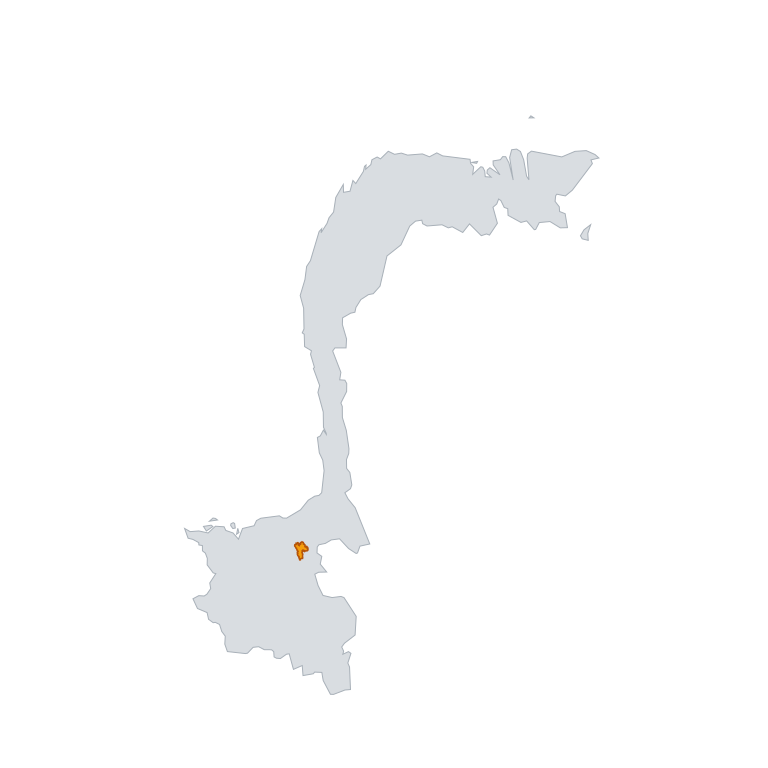 location of Ba Thuoc, Thanh Hóa, Vietnam, rotated 215°
{"feature_id": "81297802B10763760406842", "entity_name": "Ba Thuoc", "entity_type": "district", "adm_level": 2, "iso_a3": "VNM", "parent_name": "Vietnam", "parent_adm1": "Thanh Hóa", "projection": "albers", "projection_center": [105.214, 20.379], "detail": "fine", "context": "in_parent", "style": "filled", "palette": "amber", "viewbox_px": 768, "rotation_deg": 215, "n_neighbors": 0, "source": "geoboundaries", "source_scale": "gbopen_adm2", "svg_char_len": 7070}
<svg xmlns="http://www.w3.org/2000/svg" viewBox="0 0 768 768"><g transform="rotate(215 384 384)"><path d="M464.5,151.3L458.1,151.9L451.4,157.4L442.6,161.1L440.5,170.8L433.1,175.3L429.6,173.3L422.2,175.4L414.2,173.4L417.0,184.5L409.1,193.4L410.1,199.0L407.9,203.4L394.1,216.0L390.0,216.2L386.9,218.2L380.2,233.1L379.4,245.4L376.4,252.4L373.4,255.4L372.7,259.2L383.4,278.7L390.5,286.5L397.5,290.5L407.9,302.0L406.4,305.0L407.2,311.5L402.3,309.6L402.9,310.4L408.8,313.9L417.7,326.2L433.3,339.2L435.8,345.8L450.8,356.3L450.5,357.7L461.2,366.2L462.5,369.6L470.5,369.1L477.9,379.0L480.3,379.0L481.1,383.2L493.3,400.0L503.4,408.4L508.6,424.1L514.8,435.9L515.0,442.8L524.6,471.7L524.1,475.5L522.3,471.8L522.8,482.9L524.4,488.7L523.9,495.9L530.5,509.2L531.8,524.1L527.1,517.8L522.4,522.4L526.2,532.9L522.1,532.0L522.8,546.3L524.8,551.1L524.3,553.1L522.2,549.4L520.6,556.1L522.5,560.8L519.8,566.0L516.0,566.4L514.0,577.1L507.1,578.2L502.2,583.1L496.0,585.0L484.5,594.5L477.1,596.2L473.3,603.6L466.8,604.5L442.4,617.4L439.6,614.4L435.1,613.3L431.6,606.6L429.3,617.5L427.4,618.2L423.6,616.2L420.0,611.9L414.9,614.9L420.6,615.7L422.1,618.5L421.3,621.9L409.0,621.9L420.2,626.1L422.6,629.3L417.3,634.5L417.2,638.3L414.7,640.0L408.5,636.8L395.2,625.2L411.0,641.6L413.8,649.1L410.1,652.5L405.6,652.7L398.2,647.8L386.4,636.0L382.4,634.4L396.3,651.2L398.3,654.9L396.8,659.3L368.6,672.0L361.0,684.1L352.2,691.2L342.8,693.0L337.6,692.4L343.0,686.3L339.7,684.0L340.9,650.8L343.3,642.1L351.3,638.6L351.4,636.7L348.6,631.7L342.1,629.7L339.1,626.0L333.3,627.4L323.4,617.3L329.2,613.0L341.2,612.3L349.4,605.3L348.4,597.6L349.4,596.6L360.7,599.4L364.5,594.9L379.1,593.3L383.2,598.6L386.8,597.6L393.5,601.3L396.2,601.3L394.9,596.1L396.1,591.3L383.3,580.7L383.0,566.5L386.1,565.7L389.4,561.3L405.8,564.2L406.4,553.3L418.3,551.9L420.9,548.8L427.8,547.7L439.4,538.1L444.3,537.5L447.0,539.9L451.6,535.5L453.5,528.1L449.9,507.7L455.0,490.6L443.4,461.9L444.6,451.8L448.0,448.3L451.4,439.9L450.9,430.6L449.0,426.1L452.0,422.8L455.9,414.5L452.2,408.8L440.5,399.4L435.8,391.8L444.9,385.4L445.0,381.6L426.0,368.8L422.7,362.0L418.2,364.7L414.8,363.0L410.3,356.4L408.4,343.7L405.3,341.7L398.9,332.7L388.3,324.4L375.6,310.9L373.0,306.8L371.4,300.6L366.2,293.4L361.2,291.9L352.5,282.9L351.4,279.0L353.7,272.5L347.6,269.3L336.6,266.1L303.9,244.8L310.7,237.4L308.8,230.4L309.6,229.2L318.6,228.9L331.6,231.7L337.8,226.0L340.6,219.8L345.1,215.0L345.2,212.2L342.0,207.2L336.1,207.1L332.9,199.9L323.1,197.1L329.6,192.3L331.6,188.5L322.4,181.1L312.7,175.8L304.0,179.3L297.4,185.3L294.3,186.1L273.5,177.7L263.7,161.8L267.7,149.0L267.8,144.3L263.8,142.0L262.7,139.0L259.6,144.4L256.6,144.4L253.6,134.7L249.9,132.4L236.2,114.5L240.5,110.9L247.3,100.8L249.9,99.1L263.7,106.2L269.5,112.1L275.6,108.2L275.7,106.1L283.1,98.7L289.5,106.5L294.5,98.3L306.9,108.6L308.9,106.7L311.4,99.7L314.8,97.7L317.5,97.4L320.8,101.5L323.7,101.8L329.7,97.7L336.0,96.9L340.2,93.2L341.4,85.2L342.9,83.7L358.8,75.0L365.2,79.6L369.4,86.4L374.9,88.2L380.8,92.7L385.5,92.0L387.0,90.5L392.7,90.6L397.8,95.3L408.0,93.1L417.3,98.5L414.3,104.4L409.7,107.2L408.5,110.2L408.6,117.0L412.6,121.1L413.0,132.2L415.6,131.3L425.1,134.4L428.7,139.8L433.3,143.0L437.0,143.2L440.1,147.5L443.3,146.0L444.8,147.8L451.4,147.1L456.0,145.3L464.5,151.3ZM308.1,618.1L308.6,625.0L306.1,633.1L303.4,624.2L299.1,618.8L304.9,616.6L308.1,618.1ZM450.2,163.8L444.6,169.2L442.4,169.1L445.2,161.7L450.2,163.8ZM428.0,183.9L426.4,184.1L423.2,180.7L424.9,178.9L428.4,180.1L429.2,181.7L428.0,183.9ZM447.2,176.1L445.0,177.2L442.4,177.1L448.3,171.5L447.2,176.1ZM418.6,176.4L421.0,181.9L417.6,179.1L418.6,176.4ZM439.6,615.5L435.0,620.0L434.7,617.9L439.6,615.5ZM417.5,687.9L413.9,688.0L417.7,685.2L417.5,687.9Z" fill="#d9dde1" stroke="#a8b0b8" stroke-width="1"/><path d="M352.7,192.0L352.4,192.0L352.3,191.9L352.2,191.8L352.1,191.6L351.9,191.7L351.7,191.8L351.6,192.1L352.0,192.5L352.0,192.9L352.1,193.0L351.9,193.3L351.7,193.5L351.6,193.8L351.4,194.0L351.1,194.3L350.8,194.5L350.7,194.5L350.8,194.8L351.0,195.0L351.1,195.3L351.3,195.4L351.3,195.5L351.5,195.7L351.6,195.8L351.8,196.0L352.0,196.3L352.1,196.5L352.3,196.7L352.3,196.8L352.6,197.1L352.8,197.4L352.8,197.6L352.9,197.9L352.9,198.0L353.0,198.0L353.3,198.1L353.6,198.4L353.9,198.5L354.1,198.6L354.5,198.7L354.5,198.8L354.5,199.0L354.6,199.3L354.7,199.6L354.8,199.7L354.7,199.7L354.5,199.9L354.4,200.1L354.4,200.4L354.8,200.6L355.2,200.8L355.3,201.0L355.2,201.2L355.2,201.3L355.2,201.5L354.9,201.6L354.7,201.7L354.5,201.8L354.4,201.8L353.9,201.8L353.8,201.7L353.6,201.8L353.4,201.6L353.3,201.4L353.2,201.4L353.0,201.2L352.9,201.2L352.9,201.3L352.8,201.5L352.9,201.8L353.0,201.9L352.7,202.1L352.4,202.4L352.4,202.5L352.2,202.6L351.9,202.8L351.6,203.0L351.4,203.1L351.5,203.3L351.4,203.5L351.5,203.8L351.4,204.0L351.2,204.1L351.3,204.2L351.3,204.3L351.5,204.5L351.4,204.8L351.4,205.0L351.5,205.2L351.6,205.3L352.1,205.4L352.3,205.5L352.3,206.0L352.6,206.2L352.8,205.9L352.8,205.7L353.0,205.6L353.0,205.8L353.2,206.1L353.3,206.1L353.4,206.3L353.6,206.5L354.1,206.7L354.3,206.6L354.3,206.4L354.3,206.2L354.4,205.9L354.4,205.7L354.6,205.5L355.0,205.3L355.2,205.5L355.4,205.6L355.6,205.6L355.6,205.8L355.9,206.4L356.0,206.5L356.3,206.8L356.4,206.7L356.5,206.6L356.8,206.7L357.2,206.8L357.4,206.9L357.4,207.0L357.5,207.1L357.8,206.9L357.7,206.8L357.9,206.7L358.1,206.7L358.1,206.8L358.4,207.0L358.5,207.3L358.8,207.6L359.2,207.9L360.0,207.5L359.9,207.7L360.0,207.8L360.3,207.7L360.6,207.7L360.6,207.4L360.7,207.2L360.8,207.1L361.0,207.0L361.0,206.7L361.4,206.2L361.1,205.9L360.7,205.5L360.6,205.4L360.4,205.1L360.6,204.6L360.8,204.7L361.0,204.8L361.0,204.7L361.3,204.6L361.6,204.6L361.6,204.4L361.4,204.3L361.4,204.2L361.4,203.9L361.2,203.6L361.3,203.6L361.3,203.3L361.2,203.2L361.3,203.2L361.4,202.9L361.5,202.9L361.8,203.0L362.0,203.5L362.3,203.6L362.5,203.7L362.7,204.0L362.8,204.1L362.8,204.3L363.1,204.5L363.3,204.7L363.5,204.7L364.0,204.3L364.0,204.2L364.0,203.9L363.9,203.8L363.7,203.5L363.7,203.4L363.7,203.2L363.8,203.1L364.4,203.0L364.5,203.0L364.2,202.5L364.2,202.4L364.0,202.2L364.3,202.0L364.5,201.9L364.5,201.7L364.4,201.6L364.7,201.4L364.9,201.3L364.9,201.2L364.8,200.9L364.7,200.8L364.6,200.5L364.3,200.2L364.2,200.0L363.8,199.9L363.2,199.8L363.1,199.7L362.9,199.6L362.7,199.5L362.5,199.4L362.4,199.3L362.2,199.3L362.1,199.2L362.0,199.3L361.9,199.3L361.6,199.3L361.6,199.2L361.4,199.0L361.1,198.8L360.9,198.7L360.7,198.6L360.1,198.2L359.9,198.0L359.6,198.2L359.3,198.0L359.1,197.9L359.0,197.6L358.9,197.6L358.7,197.7L358.3,197.6L358.2,197.5L358.3,197.4L358.4,197.2L358.4,196.9L358.5,196.7L358.4,196.6L358.4,196.4L358.4,196.2L358.2,196.0L358.0,195.9L357.6,195.8L357.6,195.7L357.4,195.6L357.6,195.3L357.6,195.2L357.4,194.9L357.1,194.8L357.1,194.7L356.8,194.5L356.7,194.4L356.4,194.2L356.2,194.0L356.0,193.9L355.9,193.9L355.7,193.9L355.4,193.9L355.2,193.8L355.1,194.0L354.9,194.0L354.7,194.0L354.6,193.9L354.4,193.7L354.4,193.4L354.4,193.2L354.2,193.1L354.0,192.9L353.9,192.9L353.7,192.9L353.4,192.7L353.3,192.4L353.2,192.4L353.1,192.2L352.9,192.2L352.7,192.0Z" fill="#f59e0b" stroke="#b45309" stroke-width="1.5"/></g></svg>